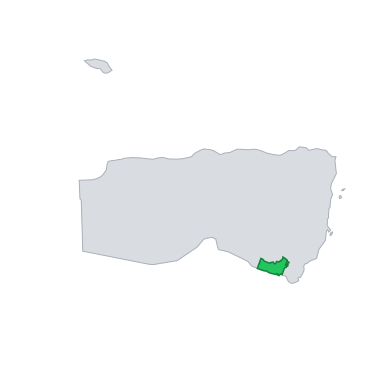 Kitaf wa Al Boqa', Sa`dah, Yemen shown in context, rotated 200°
{"feature_id": "15242507B97020865976232", "entity_name": "Kitaf wa Al Boqa'", "entity_type": "district", "adm_level": 2, "iso_a3": "YEM", "parent_name": "Yemen", "parent_adm1": "Sa`dah", "projection": "robinson", "projection_center": [44.286, 17.087], "detail": "fine", "context": "in_parent", "style": "filled", "palette": "green", "viewbox_px": 384, "rotation_deg": 200, "n_neighbors": 0, "source": "geoboundaries", "source_scale": "gbopen_adm2", "svg_char_len": 5309}
<svg xmlns="http://www.w3.org/2000/svg" viewBox="0 0 384 384"><g transform="rotate(200 192 192)"><path d="M302.0,164.4L289.8,169.4L286.6,171.6L283.7,174.3L281.6,177.7L280.1,183.7L281.3,189.1L281.3,192.1L278.1,194.0L275.2,195.4L271.9,197.5L269.9,198.1L268.3,199.8L266.4,200.9L259.6,204.0L252.1,206.4L240.3,209.2L235.7,212.3L231.5,214.5L225.2,215.1L216.5,218.0L211.7,220.4L205.7,224.2L204.3,225.4L203.3,228.3L201.5,230.7L197.8,234.7L195.1,236.8L193.3,236.9L189.8,238.0L185.6,238.2L178.6,236.8L176.8,237.8L175.3,239.4L169.9,242.1L164.4,247.6L160.4,249.0L153.9,250.8L149.4,253.0L146.3,254.0L142.4,254.4L135.1,254.2L128.2,255.0L121.8,256.6L118.8,259.5L115.3,264.1L109.7,266.0L108.4,267.7L106.7,271.1L103.0,272.0L99.8,272.6L96.4,271.1L90.1,275.2L87.7,275.9L84.0,276.1L81.5,276.9L79.6,276.7L77.3,275.1L72.4,273.1L68.8,274.4L68.5,270.5L62.6,258.6L63.8,248.2L63.8,246.7L62.7,242.1L59.1,237.8L59.2,232.5L58.1,228.6L57.1,224.7L57.4,223.7L57.5,222.7L55.7,216.6L55.1,215.4L54.9,214.1L55.5,213.1L55.4,212.0L54.5,210.2L53.5,206.6L48.7,203.8L49.7,201.2L50.6,202.1L51.9,202.9L52.1,201.2L52.1,200.0L50.1,192.1L53.1,181.6L52.2,172.1L56.7,168.3L57.9,167.1L58.5,166.1L59.6,164.0L61.1,163.3L61.6,161.0L61.6,159.9L60.6,158.9L59.9,156.2L60.2,152.9L60.4,151.5L60.9,148.9L62.5,148.0L62.9,147.2L61.6,145.6L61.7,144.6L64.4,141.9L65.5,141.1L67.3,140.2L68.6,140.3L70.2,140.7L71.6,141.5L73.0,142.9L74.4,144.4L76.6,145.0L78.1,144.9L79.4,145.6L80.4,145.2L81.6,144.4L83.5,144.4L85.2,143.5L90.0,143.1L94.6,143.4L99.5,142.6L104.3,142.7L109.2,142.7L110.3,142.8L111.4,143.3L115.5,145.7L118.6,146.2L124.9,146.9L131.6,147.6L137.4,148.2L142.4,147.6L146.4,147.1L147.6,147.2L148.8,148.7L151.3,152.4L153.6,155.9L157.7,156.1L160.3,154.8L163.2,152.9L164.9,151.5L166.9,145.8L168.2,142.1L171.2,138.0L173.7,134.5L177.0,130.0L178.9,127.4L182.5,122.4L185.9,120.5L192.6,116.7L199.2,113.0L203.5,110.6L207.1,109.5L213.2,108.5L220.4,107.4L227.6,106.3L235.2,105.1L243.8,103.8L249.6,102.9L257.1,101.7L263.3,100.8L268.8,99.9L274.4,99.0L275.5,101.8L276.6,104.6L277.7,107.4L278.8,110.2L279.9,112.9L281.0,115.7L282.1,118.5L283.2,121.3L284.4,124.1L285.5,126.8L286.6,129.6L287.7,132.4L288.8,135.2L289.9,138.0L291.0,140.8L292.1,143.5L293.2,146.3L294.9,147.2L296.0,149.7L297.5,153.4L299.0,157.1L300.5,160.7L302.0,164.4ZM319.7,276.1L321.2,276.4L323.5,275.5L330.0,275.4L338.0,278.5L336.5,279.3L335.6,280.4L332.1,281.4L328.7,283.8L318.7,285.0L315.7,284.3L313.3,282.0L308.8,279.0L310.5,277.1L310.9,276.2L311.6,275.4L314.1,273.9L316.6,274.1L319.7,276.1ZM51.8,238.9L51.5,239.5L51.0,239.4L49.5,237.9L51.2,236.3L52.0,237.8L51.8,238.9ZM47.0,201.9L46.3,202.5L46.0,201.4L46.5,199.0L47.3,198.3L47.9,200.1L47.5,201.1L47.0,201.9ZM51.0,246.4L49.4,247.2L50.5,245.0L51.6,244.6L51.9,244.7L51.0,246.4Z" fill="#d9dde1" stroke="#a8b0b8" stroke-width="1"/><path d="M104.5,142.5L104.0,142.5L103.8,142.5L103.7,142.5L102.9,142.5L102.5,142.5L102.1,142.5L101.5,142.5L100.9,142.5L100.3,142.5L99.6,142.6L99.0,142.6L98.7,142.6L98.4,142.6L97.8,142.6L97.1,142.6L96.6,142.7L96.2,142.9L95.6,143.1L95.1,143.3L94.7,143.2L94.3,143.1L93.9,142.9L93.5,142.8L93.1,142.7L92.7,142.6L92.1,142.6L91.5,142.6L91.0,142.6L90.9,142.6L90.3,142.6L89.8,142.6L89.3,142.7L88.9,142.7L88.7,142.8L88.4,142.8L87.9,142.9L87.5,142.9L87.2,142.9L86.9,143.0L86.4,143.1L86.0,143.1L85.7,143.1L85.3,143.2L85.1,143.2L84.7,143.2L84.6,143.6L84.5,143.9L84.3,144.2L84.1,144.4L83.8,144.4L83.5,144.1L83.1,143.5L83.0,143.3L82.6,143.3L82.3,143.5L81.9,143.7L81.6,143.4L81.5,143.7L81.2,144.3L80.9,144.7L80.6,145.4L79.8,145.3L79.5,145.2L79.1,145.1L79.1,145.4L79.1,145.8L79.1,146.5L79.1,146.8L79.1,147.0L79.1,148.4L79.1,150.3L79.1,151.0L79.1,151.9L78.9,152.4L78.6,152.7L78.0,153.2L77.7,153.5L77.7,153.8L77.2,154.6L79.1,155.0L79.1,155.4L79.1,156.0L77.1,156.0L76.8,156.0L76.9,156.4L77.0,156.7L78.3,157.2L78.9,157.4L79.0,157.7L79.1,158.3L79.1,158.8L79.1,159.1L79.1,159.3L79.1,159.5L79.0,159.9L79.0,160.0L79.1,160.3L79.2,160.5L79.3,160.5L79.5,160.6L79.8,160.7L80.0,160.7L80.1,160.8L80.3,160.8L80.5,160.9L80.6,161.0L80.8,161.0L81.0,161.1L82.7,161.7L84.3,161.9L84.2,161.6L84.0,161.2L84.0,160.9L84.0,160.7L84.1,160.3L84.1,159.6L84.1,159.4L84.2,159.2L84.3,159.0L84.4,158.8L84.7,158.5L85.2,158.1L85.1,157.8L85.0,157.7L85.4,157.5L85.7,157.2L85.8,157.1L85.9,156.9L85.9,156.7L86.0,156.4L86.1,156.2L86.3,156.1L86.5,156.1L87.0,156.0L87.3,156.0L87.5,156.0L87.6,155.9L87.8,155.9L88.0,155.7L88.3,155.7L88.5,155.7L88.8,155.6L88.9,155.4L88.9,155.2L88.9,154.9L88.9,154.1L88.9,153.9L88.9,153.7L89.0,153.5L89.3,153.1L89.5,152.9L90.1,152.7L90.7,153.2L91.0,153.4L91.7,154.0L92.5,153.5L92.5,153.4L92.9,153.2L93.0,153.1L93.3,153.0L93.5,153.0L93.5,152.9L93.7,152.7L93.8,152.7L94.0,152.5L94.0,152.4L94.1,152.2L94.3,151.9L94.5,151.7L94.8,151.6L95.0,151.6L95.3,151.7L95.6,151.7L95.8,151.7L96.0,151.7L96.4,151.7L96.5,151.7L97.1,151.7L97.9,151.7L98.0,151.7L98.6,151.8L98.8,151.8L99.0,151.7L99.3,151.8L99.6,151.8L99.9,151.8L100.2,151.8L100.3,151.8L100.5,151.9L100.8,152.0L101.0,152.1L101.3,152.4L101.5,152.5L101.8,152.7L101.9,152.8L102.0,152.8L102.3,152.9L102.5,152.9L102.7,153.0L102.8,153.0L103.4,153.1L103.7,153.1L104.0,153.1L104.5,153.2L104.5,151.2L104.5,148.2L104.4,148.1L104.5,148.1L104.5,144.0L104.5,142.5ZM76.9,158.4L76.7,158.6L76.9,158.9L77.0,159.1L77.3,159.2L77.8,159.3L77.4,158.6L77.3,158.4L77.2,158.4L76.9,158.4Z" fill="#22c55e" stroke="#15803d" stroke-width="1.5"/></g></svg>